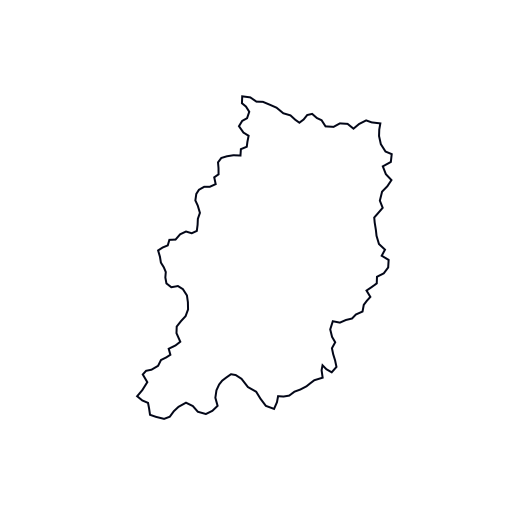 outline of Piau, Minas Gerais, Brazil, rotated 145°
{"feature_id": "56859067B86039402851050", "entity_name": "Piau", "entity_type": "district", "adm_level": 2, "iso_a3": "BRA", "parent_name": "Brazil", "parent_adm1": "Minas Gerais", "projection": "orthographic", "projection_center": [-43.31, -21.51], "detail": "fine", "context": "isolated", "style": "outline", "palette": "ink", "viewbox_px": 512, "rotation_deg": 145, "n_neighbors": 0, "source": "geoboundaries", "source_scale": "gbopen_adm2", "svg_char_len": 2292}
<svg xmlns="http://www.w3.org/2000/svg" viewBox="0 0 512 512"><g transform="rotate(145 256 256)"><path d="M333.0,316.7L335.1,310.5L337.7,305.1L338.0,299.6L339.1,294.6L342.6,290.4L345.1,284.9L343.3,279.0L337.2,276.2L334.9,270.8L335.2,263.3L338.3,257.2L342.3,251.2L348.2,247.1L354.7,245.7L361.4,243.7L365.4,238.4L367.2,229.2L373.2,228.9L380.7,230.1L382.8,224.2L387.7,224.4L393.5,225.3L399.2,222.2L406.8,222.8L411.9,225.0L416.7,223.9L417.4,215.0L426.2,211.3L433.8,209.3L432.0,202.9L428.7,197.6L431.0,192.5L433.9,186.7L430.2,181.6L424.7,175.3L418.8,173.8L412.3,176.0L406.0,176.9L397.5,176.0L393.8,169.3L393.0,161.8L387.7,155.3L380.5,154.2L373.4,155.3L370.6,163.2L365.4,168.7L359.9,171.9L355.2,173.3L350.0,173.5L344.3,173.5L340.9,170.1L338.3,163.7L337.8,153.3L333.7,144.7L334.2,136.6L333.9,127.6L328.9,120.4L322.7,124.2L318.3,128.5L314.1,125.1L308.9,122.6L302.3,122.8L296.3,121.2L289.4,120.3L284.7,120.6L279.5,120.8L271.2,118.1L267.8,124.8L264.2,128.3L263.3,122.9L260.7,117.3L253.7,119.0L251.1,125.1L249.1,131.3L246.7,136.9L240.6,139.9L240.1,146.1L237.3,153.3L230.5,158.5L225.5,153.3L219.0,152.0L213.2,149.7L207.7,150.8L200.6,149.4L195.7,154.2L190.7,155.8L185.8,156.9L185.3,164.3L179.3,164.2L172.8,164.3L168.8,169.6L161.3,168.5L154.3,170.8L149.6,176.7L152.9,184.1L146.7,187.2L148.4,195.3L145.7,203.4L142.9,208.5L139.6,215.3L137.1,219.7L131.4,221.1L124.6,222.8L122.8,230.3L115.8,236.4L108.4,237.8L101.5,240.5L102.7,248.5L100.7,256.7L91.6,255.7L86.4,261.6L90.0,267.3L89.6,276.0L86.4,283.7L82.5,288.9L78.1,293.3L84.6,299.1L88.0,303.9L95.8,305.0L103.1,304.4L105.2,311.7L111.2,316.5L118.4,317.3L124.7,322.3L124.4,329.6L127.0,334.1L128.5,340.2L133.2,342.1L138.7,340.5L144.0,340.3L145.7,345.1L147.1,351.4L151.8,357.3L154.1,365.7L157.8,371.8L161.9,378.3L167.1,382.2L169.7,389.2L175.7,394.7L179.9,389.2L178.5,384.2L178.8,378.0L184.3,374.0L189.8,374.6L195.5,372.1L195.5,364.3L193.1,358.7L197.5,354.5L200.9,350.8L207.1,352.2L211.1,347.2L216.7,351.5L222.7,354.4L228.2,356.2L233.4,354.5L236.3,349.5L239.8,344.4L245.1,344.4L247.8,338.0L254.2,339.2L258.7,342.4L264.7,343.0L269.3,341.1L273.8,336.3L274.8,330.7L277.2,323.5L282.3,319.8L286.0,315.0L290.1,310.5L295.6,311.5L299.3,316.2L305.7,317.3L312.5,315.6L317.7,318.9L322.2,315.3L327.6,316.5L333.0,316.7Z" fill="none" stroke="#020617" stroke-width="2"/></g></svg>